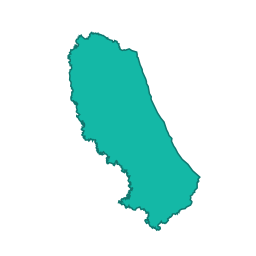 Phu Kamyao, Phayao, Thailand (Robinson projection), rotated 151°
{"feature_id": "78962969B43873675128191", "entity_name": "Phu Kamyao", "entity_type": "district", "adm_level": 2, "iso_a3": "THA", "parent_name": "Thailand", "parent_adm1": "Phayao", "projection": "robinson", "projection_center": [99.99, 19.32], "detail": "fine", "context": "isolated", "style": "filled", "palette": "teal", "viewbox_px": 256, "rotation_deg": 151, "n_neighbors": 0, "source": "geoboundaries", "source_scale": "gbopen_adm2", "svg_char_len": 5896}
<svg xmlns="http://www.w3.org/2000/svg" viewBox="0 0 256 256"><g transform="rotate(151 128 128)"><path d="M155.6,30.6L155.2,28.8L154.6,29.1L154.8,28.6L153.9,28.7L153.6,27.8L152.6,27.9L153.0,27.1L152.4,26.0L152.4,24.9L151.2,25.1L151.0,24.1L150.2,23.8L149.5,24.4L148.7,24.1L148.1,25.5L148.2,26.1L149.5,27.0L149.2,28.1L148.5,28.8L145.9,29.3L145.3,29.8L144.7,29.4L144.2,29.9L144.2,28.8L143.7,27.9L142.8,27.7L142.0,26.6L141.4,26.9L140.8,26.5L137.5,27.7L137.3,29.3L135.2,29.4L134.5,29.9L134.1,29.4L133.0,29.6L131.8,30.1L130.9,31.1L129.2,30.7L128.3,29.4L126.4,29.9L126.3,29.3L126.0,29.8L124.8,29.8L124.5,29.4L123.9,30.4L123.2,30.3L123.0,30.9L122.3,31.0L120.4,31.0L117.1,29.8L115.3,30.5L110.7,30.3L108.6,31.6L107.8,32.7L108.4,35.0L106.9,36.5L106.4,38.3L104.0,38.4L102.2,39.8L100.9,39.4L100.2,41.0L96.6,42.0L94.1,46.6L93.1,46.7L93.0,47.4L91.9,47.3L91.6,49.3L89.0,50.2L92.2,59.3L93.2,67.2L95.8,74.3L96.7,81.8L96.5,87.2L96.8,89.9L96.4,95.3L94.7,97.6L95.8,101.5L95.3,104.3L95.2,107.6L93.6,115.8L94.5,120.7L94.9,126.8L94.0,141.3L93.6,142.6L92.5,144.1L92.6,147.7L90.2,154.6L90.3,157.9L89.4,159.6L88.8,162.1L88.2,170.0L87.2,172.5L86.8,177.5L85.1,184.8L85.6,185.8L84.3,188.0L83.6,190.2L87.1,193.8L88.6,196.6L93.0,197.4L93.4,198.2L95.2,198.5L95.8,199.1L96.8,200.8L96.3,201.6L96.7,202.6L96.1,202.9L96.1,204.5L95.2,206.0L95.7,206.3L96.2,208.3L95.7,209.0L97.2,210.8L97.4,210.3L98.8,210.2L98.9,210.6L99.6,210.7L99.4,212.2L101.4,214.1L102.1,215.5L102.5,215.5L102.8,216.3L102.4,216.7L103.3,216.8L103.1,217.2L104.9,221.0L105.8,221.4L106.0,222.1L107.3,223.5L108.3,223.7L108.4,224.1L107.9,223.8L107.8,224.2L108.6,224.8L108.4,225.4L109.7,225.4L110.2,226.6L111.1,226.5L111.6,227.1L112.4,227.1L112.4,227.8L113.3,227.7L113.4,229.2L113.9,229.3L114.6,228.6L116.1,228.5L116.5,227.1L117.3,226.9L117.3,226.5L118.6,226.7L119.8,225.3L120.4,225.7L120.7,226.4L121.5,226.2L122.6,226.9L124.0,230.3L124.0,231.9L125.2,231.5L125.8,232.2L126.2,231.1L127.4,231.6L128.3,230.1L129.8,230.4L131.0,229.7L131.6,228.8L131.6,227.2L130.7,225.1L131.9,223.8L133.1,223.7L133.1,225.4L134.0,226.1L135.0,224.9L134.5,224.2L134.5,223.2L135.2,223.5L135.4,224.4L135.8,224.8L136.7,223.4L139.1,223.2L140.0,224.1L141.2,222.5L142.5,222.2L142.1,220.5L144.0,220.7L144.6,219.9L145.4,220.1L145.7,219.4L144.6,218.4L145.3,218.1L146.2,218.5L146.5,218.3L146.6,217.8L145.2,216.0L146.3,214.2L147.3,214.5L147.8,214.2L147.5,212.5L148.3,210.7L147.0,210.3L147.8,209.2L148.0,207.9L149.2,206.6L150.3,207.0L151.5,205.3L152.5,204.8L153.5,201.7L155.7,198.4L155.6,195.9L155.9,194.9L157.8,192.3L157.5,190.5L158.3,189.7L157.6,188.7L157.9,187.6L158.8,186.4L159.7,186.7L161.2,183.9L162.9,182.7L162.6,181.9L163.5,181.7L164.1,180.2L163.6,178.6L162.6,178.4L162.8,177.3L162.0,177.0L162.2,176.4L162.9,176.2L162.9,175.6L161.0,175.8L161.1,175.1L162.0,174.6L162.7,174.9L162.8,174.5L162.2,173.8L160.5,174.4L160.3,174.0L160.6,173.2L162.3,172.4L163.1,171.1L163.8,168.2L164.7,167.9L165.3,167.1L163.8,163.2L166.1,162.6L166.8,163.6L167.3,162.8L166.5,160.5L166.7,159.0L166.1,156.2L164.5,156.3L164.1,155.9L164.6,155.1L166.3,154.8L166.4,154.0L165.8,153.3L165.0,153.8L164.1,153.7L164.0,153.1L164.4,152.1L166.0,152.6L166.0,151.9L165.0,151.1L165.6,150.3L166.8,150.3L167.6,151.0L168.1,149.8L169.4,149.6L169.4,148.9L167.9,146.9L168.9,146.0L170.0,146.0L170.0,144.8L171.4,144.6L171.7,144.2L171.0,142.4L169.7,141.8L170.1,141.1L171.6,141.2L171.4,139.9L170.8,139.6L171.1,138.1L168.5,136.8L168.5,135.6L167.8,135.8L167.5,136.9L166.8,136.1L165.9,136.6L165.0,135.0L165.2,134.0L164.1,134.8L163.0,133.6L162.2,133.4L162.2,133.0L163.7,131.9L163.4,131.3L163.7,130.3L162.6,129.8L163.1,128.5L164.1,128.5L163.8,126.9L164.7,126.8L165.4,126.2L165.5,124.5L165.0,124.2L164.4,124.6L164.4,124.3L165.5,123.2L166.2,123.2L166.1,122.8L165.1,123.1L164.8,122.8L165.2,121.9L166.2,121.8L166.1,120.7L165.3,120.3L165.6,119.2L163.6,119.9L163.8,118.4L164.4,118.7L164.6,118.2L163.3,116.9L162.4,117.0L162.4,118.7L161.0,119.1L160.6,117.5L160.9,116.7L159.9,116.0L159.3,114.7L159.6,112.1L158.5,112.2L158.3,111.8L159.4,110.9L160.8,112.3L161.5,112.1L161.9,110.6L161.0,109.6L162.7,109.6L162.9,108.7L162.5,108.2L163.4,107.9L163.3,106.9L162.6,106.5L161.3,106.9L159.8,105.6L158.4,103.8L158.7,102.8L158.3,101.9L157.0,102.5L157.0,103.4L156.7,103.7L155.1,103.2L154.8,103.5L154.9,104.9L153.8,104.9L153.8,102.9L154.9,102.1L155.0,101.5L153.1,100.3L153.2,98.9L152.1,97.7L153.0,97.0L152.7,95.6L152.3,95.3L153.2,94.2L154.2,94.0L154.3,93.1L152.8,90.9L151.6,93.0L151.2,92.5L151.8,91.1L151.4,91.2L150.5,92.2L149.6,91.7L150.3,90.9L150.8,91.3L151.1,91.0L151.0,89.3L150.2,89.0L150.2,88.6L150.5,88.3L151.3,88.5L151.8,87.0L150.6,85.5L149.8,85.1L150.4,84.7L151.5,85.1L151.1,83.8L153.4,81.9L153.1,79.4L152.2,79.5L152.2,78.7L153.5,78.1L152.8,77.5L153.1,77.0L154.0,77.2L154.7,76.8L155.3,77.5L155.7,76.9L154.9,75.9L155.4,75.3L154.9,74.6L154.8,73.5L153.7,73.6L153.2,73.4L153.3,73.0L154.3,72.2L154.9,72.4L155.1,71.8L155.9,72.7L156.6,72.1L157.4,72.6L158.0,71.5L157.2,70.8L158.7,71.5L159.0,70.9L158.8,70.5L157.8,70.3L158.7,69.4L160.4,69.5L160.7,70.2L161.8,69.5L161.8,67.4L159.6,68.2L159.1,67.8L160.0,66.8L160.9,66.9L160.9,66.2L161.5,65.6L162.2,66.8L162.9,66.4L163.3,66.9L163.8,66.9L163.1,67.7L163.3,68.1L164.0,68.0L164.8,67.3L164.7,68.3L165.1,68.7L166.4,68.5L166.9,68.0L167.6,69.0L168.7,68.6L169.0,67.3L168.7,66.1L169.9,66.6L170.0,67.3L171.2,68.6L172.4,67.3L171.2,66.7L171.3,65.7L170.5,65.1L170.5,63.9L169.4,63.8L168.3,63.0L168.5,61.8L168.1,61.0L168.7,59.8L168.5,58.9L167.8,59.2L167.6,59.9L166.6,58.6L165.0,59.6L165.3,58.6L164.7,58.2L165.1,57.4L164.1,56.8L163.3,55.6L163.5,54.7L162.5,53.5L161.2,52.7L160.1,53.5L158.8,53.7L156.0,53.2L156.1,50.4L153.3,49.6L153.9,48.6L153.0,48.3L153.0,45.7L152.3,45.2L153.2,45.2L153.4,44.7L152.5,44.5L151.3,43.5L152.0,42.6L152.4,41.2L153.0,41.3L153.2,40.6L154.7,40.1L155.0,39.1L154.6,38.0L155.2,37.5L155.2,36.7L156.6,39.1L157.4,39.3L158.1,38.7L158.0,35.6L156.0,35.3L156.3,31.5L155.6,30.6Z" fill="#14b8a6" stroke="#0f766e" stroke-width="1.5"/></g></svg>